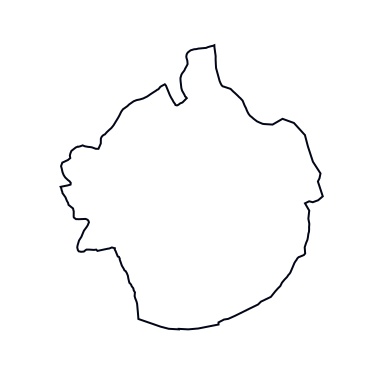 outline of Tamya, Al Fayyum, Egypt, rotated 70°
{"feature_id": "37247803B840289217117", "entity_name": "Tamya", "entity_type": "district", "adm_level": 2, "iso_a3": "EGY", "parent_name": "Egypt", "parent_adm1": "Al Fayyum", "projection": "orthographic", "projection_center": [30.955, 29.468], "detail": "fine", "context": "isolated", "style": "outline", "palette": "ink", "viewbox_px": 384, "rotation_deg": 70, "n_neighbors": 0, "source": "geoboundaries", "source_scale": "gbopen_adm2", "svg_char_len": 3683}
<svg xmlns="http://www.w3.org/2000/svg" viewBox="0 0 384 384"><g transform="rotate(70 192 192)"><path d="M292.5,285.7L293.0,285.8L301.9,274.8L307.7,267.7L312.6,260.6L316.6,251.3L316.1,251.2L319.8,242.5L322.4,232.8L325.6,212.4L323.6,211.7L322.8,205.5L323.6,201.4L323.1,194.4L323.0,193.3L321.2,177.1L320.7,172.1L320.3,168.4L318.6,164.7L317.6,154.4L317.5,153.7L314.0,148.0L312.0,144.3L310.6,141.2L308.0,138.5L306.0,135.1L304.4,131.8L303.0,129.9L302.4,128.7L301.4,127.2L299.5,125.4L297.8,123.8L293.6,119.9L292.0,117.8L291.7,117.2L290.4,115.7L289.7,114.1L289.7,112.9L289.5,108.5L288.5,106.7L282.5,105.0L279.0,102.3L276.4,99.9L273.9,98.4L271.0,96.9L269.4,95.7L266.9,94.6L265.0,94.0L263.1,93.1L261.8,92.6L256.9,91.8L249.6,88.2L241.3,89.7L240.8,85.1L242.9,82.0L242.9,76.3L240.8,70.6L225.2,70.1L222.7,67.5L218.5,64.9L216.8,65.3L205.0,68.0L204.2,68.0L188.9,67.5L177.0,66.4L176.2,66.8L162.0,72.6L154.2,81.9L156.2,93.2L152.8,101.0L152.1,102.3L149.7,104.9L147.8,106.8L144.2,109.1L142.3,110.1L140.2,111.4L138.0,112.1L135.2,112.5L134.7,112.5L133.7,112.6L131.8,112.6L130.2,112.8L128.7,113.0L128.3,113.0L125.2,113.1L123.4,113.2L120.3,114.5L119.1,115.2L117.5,115.9L116.3,116.5L113.5,117.9L111.7,118.9L108.3,120.5L104.0,125.9L103.2,127.0L102.0,127.6L99.5,128.0L98.8,128.0L97.0,128.1L94.8,127.9L83.8,127.0L80.7,126.1L75.3,124.4L72.4,123.3L63.6,121.4L61.7,120.8L61.8,122.3L61.5,124.5L61.3,127.4L61.4,129.5L60.3,133.6L59.4,137.1L59.2,139.0L58.6,141.2L58.4,144.6L58.5,145.2L58.8,146.2L59.2,147.4L59.5,148.3L60.8,149.9L62.7,151.0L64.0,151.3L67.1,151.5L70.3,152.4L71.2,153.3L73.8,156.3L75.1,157.5L77.1,160.6L78.1,161.8L81.0,163.9L83.5,164.7L90.4,166.4L92.3,166.6L93.6,166.6L98.5,165.8L99.8,165.8L101.0,165.1L102.0,164.8L102.7,166.3L104.6,170.3L104.7,172.8L105.4,175.0L105.5,176.5L104.6,177.8L103.6,177.8L101.2,178.5L98.4,178.9L96.5,179.3L93.4,179.7L87.8,179.9L83.1,180.1L81.5,180.7L81.9,183.5L82.3,185.7L84.0,188.5L84.0,189.7L84.4,190.9L85.8,197.1L86.7,200.5L86.9,201.2L87.4,205.8L87.2,209.3L86.7,212.7L86.8,215.8L88.2,221.1L89.2,223.3L90.3,227.3L90.6,228.5L92.3,231.0L95.2,234.0L95.9,234.8L96.8,235.8L98.8,238.3L102.4,242.8L103.4,244.4L104.3,245.9L105.0,247.7L105.4,248.7L106.7,251.7L108.1,254.2L108.1,255.1L108.5,256.7L109.4,258.2L110.7,259.4L115.2,261.1L119.4,265.1L118.5,267.6L115.8,270.8L114.9,272.4L114.0,274.3L112.3,277.2L111.7,277.8L110.8,278.8L110.8,281.6L110.6,283.5L110.3,283.8L110.4,286.0L112.1,291.2L113.7,292.7L115.7,294.2L116.9,294.5L118.5,294.8L119.3,297.1L119.5,297.5L119.6,298.8L120.0,303.1L120.0,303.8L122.9,306.2L125.4,306.4L129.2,306.9L132.0,306.8L133.6,306.5L135.1,306.1L138.5,304.4L140.0,303.4L141.9,302.8L143.5,303.6L143.3,306.5L142.2,313.7L144.1,313.6L146.0,313.9L146.9,313.8L147.9,313.9L148.8,314.1L150.1,313.7L153.8,312.7L157.5,312.6L159.7,312.2L161.9,312.4L166.8,309.4L168.7,309.7L169.6,309.7L172.5,310.8L174.1,311.4L175.0,311.7L175.6,311.7L177.4,310.6L177.8,310.3L178.9,307.5L180.9,301.2L182.4,299.6L183.7,299.2L184.4,299.2L185.2,299.2L187.5,301.3L188.5,302.5L191.4,306.8L192.7,308.0L196.3,311.3L198.9,314.7L202.1,317.1L203.7,318.2L204.9,318.8L207.5,319.1L209.0,318.7L210.2,316.8L210.6,315.4L211.0,314.0L210.4,312.4L210.0,310.9L211.1,308.0L212.9,303.9L213.4,301.7L215.0,301.0L216.5,290.4L216.8,289.1L216.7,286.3L218.5,283.7L219.7,284.3L221.3,284.0L224.7,283.9L227.2,283.8L228.1,282.8L230.0,282.7L230.6,283.0L237.2,283.1L238.8,282.8L240.9,282.4L242.5,282.3L243.7,281.4L245.9,281.0L248.7,280.9L251.5,281.4L254.8,281.8L255.9,281.9L257.1,281.3L258.4,280.9L259.9,280.9L262.4,280.1L264.6,280.4L266.5,280.0L267.1,280.0L267.4,280.3L269.6,281.2L270.0,281.5L272.5,281.7L275.9,281.6L278.2,281.8L286.5,284.0L291.6,285.4L292.5,285.7Z" fill="none" stroke="#020617" stroke-width="2"/></g></svg>